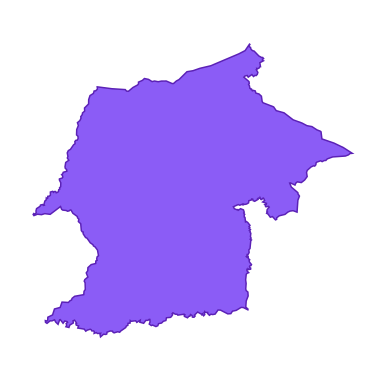 Majune, Niassa, Mozambique (orthographic projection), rotated 185°
{"feature_id": "85939544B16952446601864", "entity_name": "Majune", "entity_type": "district", "adm_level": 2, "iso_a3": "MOZ", "parent_name": "Mozambique", "parent_adm1": "Niassa", "projection": "orthographic", "projection_center": [36.348, -13.329], "detail": "fine", "context": "isolated", "style": "filled", "palette": "violet", "viewbox_px": 384, "rotation_deg": 185, "n_neighbors": 0, "source": "geoboundaries", "source_scale": "gbopen_adm2", "svg_char_len": 5973}
<svg xmlns="http://www.w3.org/2000/svg" viewBox="0 0 384 384"><g transform="rotate(185 192 192)"><path d="M35.7,244.5L45.0,249.4L54.8,253.1L67.2,256.2L68.7,263.2L69.3,263.7L73.0,264.8L78.2,267.6L83.3,268.1L88.5,270.3L97.5,272.7L107.2,278.9L115.2,280.4L118.1,283.9L129.1,287.1L130.0,288.3L131.2,293.5L133.8,295.5L137.0,296.1L137.8,298.2L139.7,298.6L140.7,298.1L141.4,299.4L142.1,299.3L142.3,300.1L143.4,300.3L144.1,303.0L145.0,304.1L144.4,305.2L144.9,307.0L150.3,310.9L149.3,312.2L147.1,312.9L146.0,311.3L142.6,314.2L140.8,312.4L139.5,313.6L138.2,313.6L137.2,314.9L136.8,316.9L138.6,319.4L138.0,319.8L138.3,320.8L137.0,320.7L135.8,321.5L135.2,322.9L134.7,322.9L135.7,326.7L132.3,328.9L133.3,329.3L133.3,330.3L132.3,331.1L133.3,332.2L134.2,332.0L137.2,333.3L142.4,337.8L144.1,338.1L145.7,339.4L146.3,341.2L147.7,341.7L147.8,342.9L147.2,344.0L147.6,344.3L151.4,337.5L157.4,333.7L184.3,319.4L194.9,315.9L201.6,312.9L207.5,311.4L214.7,302.9L217.3,301.2L219.8,298.5L221.2,298.3L227.3,300.3L232.2,299.8L235.3,298.9L239.0,299.3L241.4,298.5L245.1,300.4L249.3,300.9L251.1,298.9L254.9,296.8L254.7,295.1L255.5,293.9L259.9,291.0L264.1,286.8L266.0,286.8L267.4,288.2L280.7,287.9L295.6,288.5L295.2,286.2L296.8,284.4L298.3,284.1L298.8,281.6L302.0,279.2L303.0,275.0L302.7,270.7L306.4,266.3L306.0,263.2L308.0,261.2L308.0,259.7L309.4,257.3L309.0,255.9L309.9,253.4L312.2,251.1L311.0,248.3L312.3,244.2L312.0,238.8L310.5,237.6L310.1,235.5L310.8,233.7L312.3,233.3L313.1,232.1L312.7,229.9L314.1,228.7L316.8,223.9L318.8,222.5L319.7,220.1L318.7,216.6L319.2,215.0L317.5,212.9L320.4,210.4L320.7,206.2L320.4,204.7L318.8,203.3L318.5,201.8L322.0,200.4L322.4,198.9L323.4,197.9L322.5,197.2L322.0,195.6L322.5,194.6L325.2,193.5L325.2,192.5L323.5,189.7L323.3,185.8L324.3,184.7L324.0,183.4L325.0,182.6L325.1,180.7L326.1,179.9L327.2,179.4L327.9,180.6L329.4,180.4L329.9,179.6L330.9,180.5L333.1,179.6L332.8,176.5L333.7,175.5L335.3,175.1L335.2,173.3L335.7,172.9L336.6,173.4L336.6,171.4L337.8,170.2L338.4,166.9L337.9,166.0L338.8,165.7L339.8,166.5L341.8,165.8L342.1,164.5L345.4,161.9L345.8,159.4L345.4,158.1L346.0,156.8L346.8,156.3L347.7,156.8L348.3,155.8L347.4,154.7L344.0,156.4L339.9,156.3L336.8,157.6L331.3,157.4L321.7,166.1L320.4,163.4L319.2,162.7L315.5,162.6L314.5,162.0L312.9,162.4L311.7,163.5L310.9,163.4L308.8,160.4L304.1,157.6L303.8,156.3L302.4,155.1L302.6,152.6L300.1,150.7L298.9,143.9L297.8,142.7L296.9,142.6L296.8,140.9L294.1,137.4L292.5,136.8L288.9,132.5L286.1,130.9L285.5,129.7L283.8,128.9L281.1,125.9L279.6,120.4L280.9,119.1L281.1,117.0L280.6,115.7L281.8,114.9L281.7,112.4L286.1,110.9L289.1,107.6L289.0,104.5L290.3,102.2L288.3,98.2L291.1,95.5L291.6,93.8L290.6,92.3L289.8,85.6L290.9,83.7L290.9,80.3L299.8,77.9L302.2,75.6L302.6,73.9L304.0,73.1L305.5,71.2L311.9,71.0L313.3,65.5L318.8,63.5L320.2,57.4L324.7,54.7L324.6,51.7L325.4,50.8L326.9,51.1L326.6,49.4L325.0,48.5L322.1,51.3L320.3,51.4L317.8,52.7L316.5,50.6L313.9,48.5L312.7,53.2L312.1,53.4L309.0,50.0L307.5,52.4L305.0,52.0L304.6,51.3L305.9,50.0L305.2,48.4L305.9,46.8L302.8,46.3L302.1,48.8L298.8,51.2L299.3,53.3L297.8,54.1L295.5,51.2L296.2,50.6L295.7,49.3L293.3,48.7L293.9,46.5L287.4,46.0L285.7,44.1L284.4,45.2L281.5,46.4L280.5,46.1L279.7,44.9L277.8,45.0L277.1,44.2L277.2,42.6L275.1,43.6L273.9,42.8L270.7,43.3L271.2,42.0L270.5,39.7L267.7,42.6L265.4,42.6L264.5,43.2L264.5,44.9L261.4,46.4L259.0,46.4L258.4,45.3L257.3,44.9L253.9,46.3L251.8,46.0L251.0,47.2L246.2,51.2L245.7,52.8L244.3,53.5L244.3,55.6L242.3,56.0L242.3,58.5L241.5,57.9L236.9,58.8L235.6,57.3L232.4,59.8L232.6,57.7L228.7,57.0L226.8,60.1L224.7,60.3L223.6,61.4L222.9,61.4L222.5,58.8L223.1,56.7L220.9,55.4L219.7,56.0L216.2,54.8L214.4,55.8L213.9,57.9L210.9,58.8L209.3,60.7L206.8,61.7L206.5,64.5L202.6,65.2L201.8,65.9L200.6,68.0L201.2,69.1L200.5,70.0L198.0,68.8L196.2,68.9L195.4,68.1L189.2,69.6L188.3,69.0L189.0,68.0L188.7,67.4L185.5,66.3L184.4,67.8L183.2,68.2L182.8,69.8L181.2,69.0L180.7,67.4L179.1,67.4L178.1,68.7L178.9,69.5L175.9,72.9L172.0,71.1L171.1,71.6L171.3,70.4L170.3,70.5L169.6,69.7L168.6,71.0L169.4,72.8L168.9,74.0L168.3,73.2L165.9,73.4L165.8,72.3L163.9,70.7L162.5,71.9L160.7,71.7L158.3,72.4L155.8,76.7L153.3,76.8L145.7,73.7L142.7,74.2L141.3,76.8L137.7,77.9L133.0,81.3L130.9,81.4L126.1,79.5L126.0,80.2L128.4,82.1L128.5,88.2L127.0,93.3L127.6,97.2L129.4,98.5L130.0,100.0L130.1,105.6L130.9,109.1L130.8,114.7L130.2,115.7L128.5,116.6L130.4,118.3L130.5,119.7L129.5,119.6L129.5,120.4L128.5,119.8L126.9,120.2L126.9,121.3L127.7,121.6L128.2,122.9L127.7,123.7L126.9,123.8L126.4,124.9L128.7,127.3L129.1,128.6L128.6,129.5L130.1,130.7L130.4,132.5L131.5,131.8L132.3,132.4L131.5,133.3L131.6,134.5L130.8,134.5L129.8,136.6L130.3,139.4L129.3,140.7L129.2,148.7L128.6,149.4L129.9,150.1L129.1,151.2L129.9,152.6L129.8,156.1L130.6,156.8L130.6,157.9L131.5,158.5L130.5,159.7L131.9,160.7L131.3,161.6L132.2,162.4L131.3,163.8L133.7,166.4L135.3,167.4L136.1,166.9L137.0,171.3L137.8,171.7L138.0,174.0L137.6,174.4L138.7,175.6L138.2,176.4L139.2,178.7L142.2,179.6L144.4,177.8L144.9,178.5L145.6,178.2L148.3,179.0L149.5,180.9L144.9,183.5L143.2,183.0L141.6,183.9L140.1,183.6L140.1,184.6L138.4,184.2L136.5,184.8L134.7,186.1L134.6,188.3L132.3,189.1L132.0,190.2L130.9,190.2L130.4,188.7L128.7,188.2L125.6,190.4L126.1,190.9L125.4,191.7L124.0,191.7L123.8,192.4L122.7,190.6L121.9,190.6L121.0,191.9L120.2,192.1L118.9,189.9L120.7,188.2L116.8,187.2L117.0,186.1L118.2,185.8L117.5,185.3L117.8,184.6L117.1,183.7L114.7,184.4L113.8,183.7L115.6,181.0L115.7,178.7L115.1,178.5L115.8,177.3L114.3,176.6L111.8,173.7L109.7,174.5L106.4,171.5L105.3,172.1L105.3,173.8L103.0,175.9L97.4,177.8L94.8,180.3L92.7,181.5L89.7,182.2L85.6,181.1L85.8,193.0L84.6,197.3L86.2,199.3L86.5,200.6L93.5,205.6L95.5,209.4L94.7,209.6L90.0,207.9L89.4,209.8L88.0,211.3L84.0,210.9L82.8,211.9L80.8,213.8L78.6,217.4L79.6,221.4L79.1,223.6L75.5,227.4L73.1,228.7L72.0,228.5L71.0,229.9L70.9,231.9L70.3,232.6L66.6,234.3L65.0,233.6L63.2,234.8L61.4,235.1L60.1,236.8L54.9,239.2L42.3,241.2L39.4,242.6L37.9,244.1L35.7,244.5Z" fill="#8b5cf6" stroke="#5b21b6" stroke-width="1.5"/></g></svg>